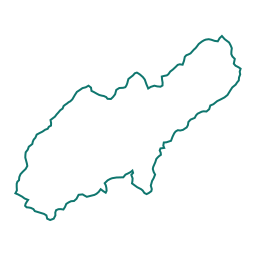 outline of Guarantã, São Paulo, Brazil
{"feature_id": "56859067B8052409163305", "entity_name": "Guarantã", "entity_type": "district", "adm_level": 2, "iso_a3": "BRA", "parent_name": "Brazil", "parent_adm1": "São Paulo", "projection": "albers", "projection_center": [-49.583, -21.913], "detail": "fine", "context": "isolated", "style": "outline", "palette": "teal", "viewbox_px": 256, "rotation_deg": 0, "n_neighbors": 0, "source": "geoboundaries", "source_scale": "gbopen_adm2", "svg_char_len": 2956}
<svg xmlns="http://www.w3.org/2000/svg" viewBox="0 0 256 256"><path d="M53.7,218.7L55.4,215.4L55.3,212.5L56.1,210.2L58.4,209.2L60.7,209.1L63.4,209.5L65.0,207.0L66.3,203.9L68.6,202.4L71.1,201.2L74.0,201.0L76.5,198.8L78.6,194.8L82.6,194.4L84.6,195.6L86.8,196.8L90.8,195.8L94.4,194.9L96.5,193.8L98.7,191.9L100.7,189.2L103.3,191.2L105.7,192.7L106.6,190.8L106.4,188.0L105.8,185.3L104.7,183.2L107.7,180.3L110.3,178.9L112.2,178.2L116.5,177.5L119.8,177.4L123.3,177.3L125.5,174.6L127.9,173.5L130.7,172.0L132.4,170.6L133.1,172.9L131.3,174.9L132.6,178.3L132.4,181.2L132.0,183.4L137.2,187.2L141.1,189.2L142.7,190.5L144.4,193.0L146.6,194.1L148.8,193.0L151.3,191.2L151.8,189.1L150.8,185.6L152.1,180.9L153.6,178.3L155.1,174.6L153.7,172.0L152.8,169.0L153.2,167.0L155.3,162.2L156.3,159.0L157.7,157.4L159.1,156.1L160.9,154.8L160.7,152.7L159.7,150.4L160.5,148.4L164.2,147.9L163.3,145.6L163.8,142.5L166.4,142.3L171.0,140.8L172.6,136.6L174.2,133.3L175.6,131.5L177.8,130.2L180.2,130.5L182.9,129.9L184.7,128.7L186.7,127.4L187.9,125.2L188.4,122.0L190.6,119.6L194.7,117.9L196.1,115.3L197.6,113.7L201.7,111.7L203.5,111.3L206.5,111.5L209.2,109.2L210.3,105.5L213.4,104.2L217.2,101.1L220.5,99.5L224.5,97.4L227.5,95.0L230.2,90.6L232.3,87.4L235.6,84.7L237.2,82.3L238.8,80.4L239.0,77.5L240.2,74.4L239.7,71.7L240.6,68.7L238.6,67.3L235.5,65.7L233.8,63.7L234.8,58.9L232.4,56.5L231.3,54.1L231.4,51.3L231.8,48.2L230.6,45.3L229.1,42.5L226.3,40.4L224.6,39.1L221.9,36.0L219.6,38.2L217.8,41.3L214.7,40.9L211.2,39.7L208.7,39.2L205.8,39.6L204.0,40.3L201.8,41.6L198.7,44.0L196.8,46.6L195.5,48.2L193.9,49.6L190.5,53.4L188.3,54.5L186.4,55.2L184.8,56.9L184.0,60.8L182.6,64.7L179.7,64.3L177.7,64.9L175.7,66.9L172.9,69.5L170.2,71.6L168.3,74.3L166.8,75.4L164.6,75.8L161.8,76.5L162.1,79.8L162.6,82.6L162.5,85.5L160.5,86.7L157.2,86.4L154.4,85.7L150.7,86.9L148.2,88.5L147.4,86.5L146.5,84.5L145.7,82.2L144.8,79.6L142.9,77.1L140.2,74.7L138.6,73.6L136.9,72.6L134.8,73.3L132.9,75.5L130.3,77.5L128.4,79.0L127.8,81.2L127.3,83.2L126.4,85.5L125.3,87.2L123.2,87.8L119.3,88.0L116.3,89.9L115.6,92.4L115.1,94.3L113.0,97.0L110.9,99.0L107.5,98.8L106.2,97.1L103.8,96.0L102.0,95.7L99.3,95.0L96.8,93.7L93.8,92.0L91.5,90.9L91.0,87.6L88.5,85.7L85.7,87.3L82.5,88.1L80.8,89.3L79.2,90.4L76.9,91.9L74.8,95.1L73.6,97.2L72.3,99.4L70.3,101.3L68.6,102.2L66.9,103.6L65.1,104.8L63.6,106.0L62.6,108.6L60.3,110.2L58.1,112.8L56.7,114.3L54.9,116.7L50.5,120.0L51.1,123.0L51.0,125.6L48.8,126.8L47.7,128.8L45.2,129.7L42.5,131.6L39.5,133.1L36.7,134.6L35.4,137.7L33.7,139.6L32.8,141.7L32.3,144.0L30.7,145.3L28.8,146.7L27.8,149.6L25.7,152.3L25.4,154.9L25.3,157.6L26.1,160.6L26.9,163.6L27.3,166.0L25.7,168.9L22.7,171.8L20.5,174.2L19.3,177.1L19.0,180.2L17.4,181.7L16.7,183.8L16.7,186.9L16.9,190.4L15.4,193.3L18.2,194.5L22.2,196.7L24.6,198.5L28.1,199.9L26.9,201.6L25.6,203.8L25.1,205.8L26.6,207.3L28.7,207.5L30.9,207.9L33.4,209.1L34.8,211.1L44.0,213.9L46.4,215.4L47.2,218.7L50.1,220.0L53.7,218.7Z" fill="none" stroke="#0f766e" stroke-width="2"/></svg>